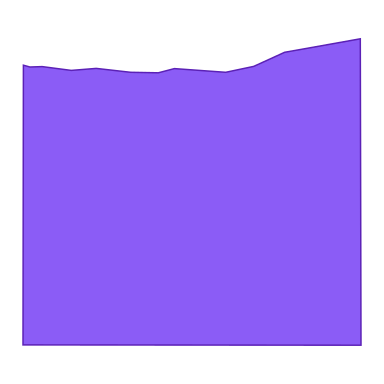 Kearney, Nebraska, United States of America (Robinson projection)
{"feature_id": "52423323B30771847835417", "entity_name": "Kearney", "entity_type": "district", "adm_level": 2, "iso_a3": "USA", "parent_name": "United States of America", "parent_adm1": "Nebraska", "projection": "robinson", "projection_center": [-98.962, 40.52], "detail": "fine", "context": "isolated", "style": "filled", "palette": "violet", "viewbox_px": 384, "rotation_deg": 0, "n_neighbors": 0, "source": "geoboundaries", "source_scale": "gbopen_adm2", "svg_char_len": 306}
<svg xmlns="http://www.w3.org/2000/svg" viewBox="0 0 384 384"><path d="M361.0,345.2L360.3,38.8L284.6,52.3L253.7,66.4L225.7,72.3L174.4,68.6L158.3,72.8L130.7,72.3L96.2,68.4L71.3,70.4L42.2,66.6L29.9,67.0L23.4,65.2L23.0,344.9L358.8,345.2L361.0,345.2Z" fill="#8b5cf6" stroke="#5b21b6" stroke-width="1.5"/></svg>